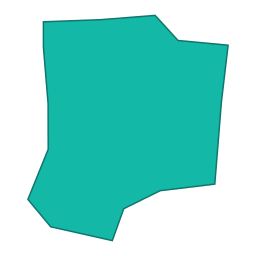 outline of Kindu, Maniema, Democratic Republic of the Congo
{"feature_id": "63176286B62585085359897", "entity_name": "Kindu", "entity_type": "district", "adm_level": 2, "iso_a3": "COD", "parent_name": "Democratic Republic of the Congo", "parent_adm1": "Maniema", "projection": "orthographic", "projection_center": [25.912, -2.975], "detail": "fine", "context": "isolated", "style": "filled", "palette": "teal", "viewbox_px": 256, "rotation_deg": 0, "n_neighbors": 0, "source": "geoboundaries", "source_scale": "gbopen_adm2", "svg_char_len": 381}
<svg xmlns="http://www.w3.org/2000/svg" viewBox="0 0 256 256"><path d="M50.7,226.8L112.3,240.6L123.7,208.8L128.2,206.5L131.7,204.8L144.3,198.5L153.3,194.1L160.1,190.7L214.8,184.1L221.4,102.1L228.1,45.2L187.0,41.3L178.0,40.5L161.8,22.7L155.1,15.4L100.4,19.7L43.4,21.8L43.4,46.9L48.1,103.8L48.2,149.3L27.9,199.4L50.7,226.8Z" fill="#14b8a6" stroke="#0f766e" stroke-width="1.5"/></svg>